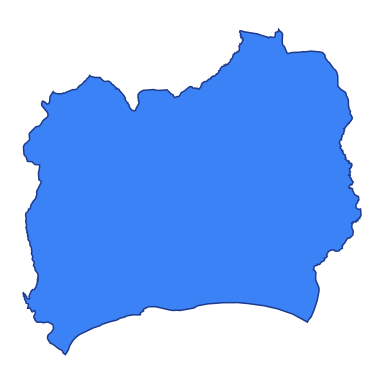 outline of Lumajang, Jawa Timur, Indonesia
{"feature_id": "22746128B76070527787319", "entity_name": "Lumajang", "entity_type": "district", "adm_level": 2, "iso_a3": "IDN", "parent_name": "Indonesia", "parent_adm1": "Jawa Timur", "projection": "orthographic", "projection_center": [113.148, -8.125], "detail": "fine", "context": "isolated", "style": "filled", "palette": "blue", "viewbox_px": 384, "rotation_deg": 0, "n_neighbors": 0, "source": "geoboundaries", "source_scale": "gbopen_adm2", "svg_char_len": 5781}
<svg xmlns="http://www.w3.org/2000/svg" viewBox="0 0 384 384"><path d="M349.4,123.1L349.6,121.9L350.8,121.1L352.3,118.5L351.8,116.3L350.0,113.5L350.5,111.5L349.1,108.8L348.4,104.4L348.4,100.7L347.8,98.3L346.2,95.3L346.0,93.6L345.3,92.2L341.0,89.5L337.9,86.2L337.7,75.4L336.7,72.2L335.6,70.3L333.3,68.2L329.5,62.8L327.6,61.1L325.2,57.6L324.9,55.0L322.8,52.7L320.3,52.0L310.9,51.1L304.8,51.9L302.5,51.7L300.5,52.2L292.0,52.5L287.9,53.5L287.2,53.3L284.4,46.6L282.6,44.9L282.2,40.6L282.6,34.5L282.1,33.1L281.2,32.0L280.3,31.6L278.7,29.4L278.1,31.6L275.4,32.5L275.2,35.8L274.5,37.2L272.9,37.4L270.3,36.8L268.6,38.0L268.0,37.7L267.8,37.1L261.2,35.3L257.5,33.9L244.3,31.8L241.2,30.8L239.9,30.9L239.7,32.2L240.7,33.4L240.5,34.2L240.9,34.7L240.5,35.5L241.1,35.9L240.8,37.5L242.4,37.8L242.2,38.7L242.8,38.7L243.1,40.1L242.3,41.2L242.0,42.8L241.3,43.6L240.0,43.7L240.0,44.9L238.9,46.3L239.6,47.8L238.9,51.4L237.3,51.6L236.2,53.2L234.7,53.0L234.2,54.2L233.8,54.1L233.2,54.7L232.7,57.3L231.9,58.6L230.6,59.5L230.4,61.3L228.6,63.1L228.4,64.1L227.3,64.2L226.9,64.9L225.8,64.3L225.3,65.1L224.3,65.0L224.4,65.9L221.9,66.7L220.1,69.1L220.4,70.0L218.8,70.8L218.6,72.3L217.6,73.6L216.4,73.9L216.2,74.7L214.7,76.0L213.6,75.9L213.2,76.3L212.2,76.4L210.6,78.1L210.8,78.7L208.4,79.4L207.3,81.0L204.2,81.8L202.5,82.9L201.9,83.5L201.8,84.9L201.2,85.2L200.9,86.8L199.0,89.1L197.7,88.8L197.3,88.3L192.8,88.0L191.8,86.7L189.6,86.7L184.3,91.0L181.3,92.6L179.2,96.4L177.3,96.5L174.6,97.5L173.5,96.1L173.4,95.1L170.9,93.7L167.1,89.8L159.6,90.4L156.5,90.3L153.7,89.5L142.9,90.4L139.7,92.4L138.2,94.4L138.0,96.3L138.1,98.4L138.6,99.2L138.3,100.4L139.1,102.2L138.1,105.2L136.6,107.4L135.5,110.2L134.8,110.8L132.1,110.3L129.7,107.7L129.2,105.4L127.8,103.4L127.9,102.8L126.6,102.0L125.1,99.3L125.4,98.1L124.5,97.0L124.5,96.4L119.5,90.5L119.2,89.6L117.0,88.3L116.2,88.6L116.4,88.3L115.9,87.5L113.9,85.9L113.2,84.7L111.9,84.4L111.3,83.2L109.5,81.5L107.4,81.0L106.9,81.4L104.1,81.4L101.7,79.4L100.2,77.5L95.2,77.5L90.9,76.4L89.6,75.4L88.7,77.4L87.2,78.4L85.7,80.7L84.7,81.0L82.2,84.1L79.2,85.9L78.5,87.3L77.9,87.4L77.1,88.8L76.2,89.5L72.8,89.6L66.0,92.3L65.1,93.1L63.2,93.0L62.7,93.5L60.7,93.9L56.9,93.7L53.8,92.6L53.1,91.6L50.0,96.6L49.7,101.1L48.9,103.6L47.3,104.1L44.7,102.0L43.0,101.1L42.4,101.3L41.6,103.6L41.8,105.6L47.6,112.7L48.0,114.4L47.8,116.7L43.0,120.5L40.7,124.5L39.3,126.0L35.7,126.9L29.7,133.0L29.2,134.2L29.6,139.6L27.2,142.2L24.6,144.2L23.4,146.9L24.0,154.3L24.5,155.4L26.0,156.8L27.5,161.4L31.9,161.7L34.9,164.5L39.4,164.9L39.7,165.3L39.3,169.2L38.4,172.9L38.9,179.8L40.8,181.0L41.3,182.2L37.0,190.6L36.5,192.3L37.1,193.7L35.3,199.2L33.6,200.6L30.8,205.4L30.2,208.7L29.6,209.3L28.7,209.0L28.0,211.4L26.0,213.0L25.8,213.7L25.6,215.6L26.2,217.5L25.7,221.3L26.5,224.8L26.4,227.0L25.8,227.5L26.6,228.6L26.4,230.0L27.4,231.3L26.8,232.1L27.4,232.5L27.2,233.4L28.2,235.4L27.6,235.6L27.5,236.1L28.4,238.3L28.0,239.7L29.7,241.7L30.1,245.6L31.5,247.6L31.5,250.1L31.9,251.5L31.4,253.4L32.7,256.5L32.2,259.5L34.3,262.3L33.5,265.6L35.0,267.8L35.0,269.6L35.9,271.3L37.4,272.9L38.2,275.1L37.9,276.0L38.2,277.8L37.6,278.0L38.0,279.7L37.3,280.0L38.0,281.2L37.2,281.9L37.2,283.7L36.4,285.1L36.3,286.5L34.0,289.8L32.6,289.6L31.4,290.7L29.0,296.2L29.7,298.4L29.0,299.1L26.9,298.2L26.5,296.4L25.5,295.7L25.3,294.5L24.6,294.3L23.4,292.8L23.0,293.5L23.8,295.0L23.5,296.0L24.3,296.8L24.5,298.9L25.6,301.1L26.2,303.2L28.0,303.8L28.5,304.9L27.6,308.3L30.1,308.2L31.9,311.7L32.6,311.9L34.0,310.6L34.8,310.6L35.4,313.4L33.9,316.0L33.9,317.9L34.8,318.5L34.8,319.7L36.5,321.9L37.5,322.2L40.9,322.1L43.6,322.8L47.0,322.0L48.9,322.5L52.6,324.5L53.2,325.9L53.5,328.8L51.5,332.0L47.9,335.3L47.4,337.4L47.9,339.4L50.3,343.2L53.1,344.4L58.9,348.9L62.1,350.4L63.3,353.1L65.4,354.6L68.4,349.7L69.7,345.7L73.0,340.4L75.9,337.3L79.6,334.5L93.3,327.9L100.1,325.7L101.6,324.5L109.4,321.9L116.6,320.1L120.3,318.1L124.6,317.1L127.1,315.8L133.3,314.8L139.9,314.9L140.5,314.5L140.1,313.6L140.5,312.8L143.6,310.9L143.2,309.4L148.5,306.7L155.7,306.7L169.8,310.0L173.2,310.5L177.1,310.2L180.0,310.5L193.9,308.0L197.5,305.8L207.5,303.9L223.2,302.7L237.9,302.6L248.5,303.6L264.4,305.8L277.8,308.9L292.6,314.0L307.4,322.1L308.3,320.1L311.0,317.1L313.8,310.6L317.0,301.2L318.8,292.3L319.1,289.6L318.7,287.1L315.8,280.1L315.6,276.6L316.0,272.9L314.6,270.3L313.2,269.6L313.9,268.4L314.2,266.2L317.3,265.1L317.4,264.2L319.1,264.6L320.4,263.6L320.9,262.3L323.9,260.8L324.7,259.3L324.5,258.0L325.4,258.0L327.1,256.7L327.1,255.6L326.5,254.7L328.5,251.5L330.8,250.2L332.2,250.0L334.2,250.0L334.7,250.8L336.2,251.2L339.2,250.8L340.0,249.5L342.4,248.3L342.2,246.0L342.8,245.6L343.0,244.4L344.2,243.6L347.7,238.1L349.6,238.1L352.8,235.1L353.3,231.3L351.7,227.4L352.1,224.2L351.5,223.1L353.2,222.9L353.2,221.8L356.0,222.0L356.2,220.6L357.7,220.8L357.5,219.7L358.3,219.6L358.7,218.3L359.7,218.4L359.8,217.3L361.0,215.7L360.6,209.0L358.4,209.4L356.0,207.6L355.9,205.2L356.3,204.1L357.7,202.3L357.6,201.1L358.9,200.0L358.4,196.5L357.2,196.1L354.4,194.3L352.5,190.2L352.6,188.9L351.3,188.2L350.6,188.4L350.1,187.8L349.4,188.3L348.9,187.5L349.8,185.3L350.8,184.4L351.7,184.9L353.2,182.1L351.5,179.8L350.9,178.0L350.0,177.7L349.7,175.8L348.6,175.0L349.2,174.7L350.2,175.1L349.8,173.2L350.5,171.9L349.5,170.6L349.9,169.5L349.4,168.6L351.0,167.8L351.7,166.2L351.2,165.1L352.0,164.9L352.0,164.3L350.7,163.1L348.6,163.0L349.2,161.7L348.8,160.9L347.5,161.2L347.1,160.4L345.2,159.1L346.0,157.7L345.4,157.4L345.1,155.7L345.4,155.1L343.1,153.7L343.0,152.0L342.3,151.7L342.8,150.8L341.6,150.1L341.7,149.3L340.3,148.5L340.2,146.7L341.1,146.5L339.3,142.4L340.3,140.2L341.6,139.6L341.1,138.3L342.0,137.3L342.0,135.2L343.6,134.0L343.6,132.6L344.5,130.3L343.8,128.5L344.9,128.3L346.2,126.1L347.9,124.5L348.0,123.2L349.4,123.1Z" fill="#3b82f6" stroke="#1e3a8a" stroke-width="1.5"/></svg>